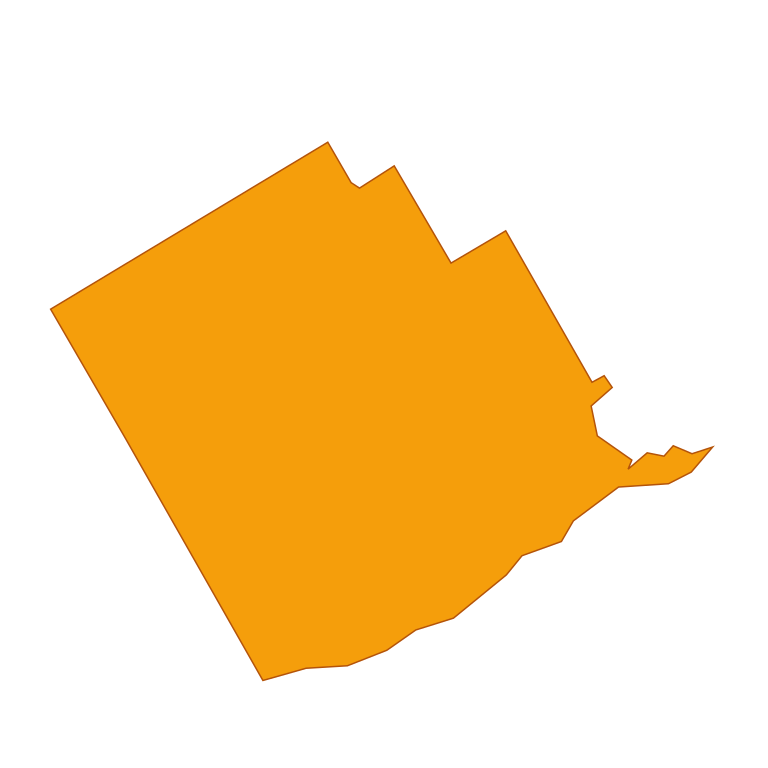 the district of Greene, Illinois, United States of America, rotated 240°
{"feature_id": "52423323B58371871806637", "entity_name": "Greene", "entity_type": "district", "adm_level": 2, "iso_a3": "USA", "parent_name": "United States of America", "parent_adm1": "Illinois", "projection": "natural_earth1", "projection_center": [-90.485, 39.32], "detail": "fine", "context": "isolated", "style": "filled", "palette": "amber", "viewbox_px": 768, "rotation_deg": 240, "n_neighbors": 0, "source": "geoboundaries", "source_scale": "gbopen_adm2", "svg_char_len": 579}
<svg xmlns="http://www.w3.org/2000/svg" viewBox="0 0 768 768"><g transform="rotate(240 384 384)"><path d="M615.5,132.7L467.3,132.9L187.8,130.9L176.8,174.4L158.3,211.4L152.0,253.4L155.1,288.6L146.5,327.1L157.5,394.5L166.3,417.7L158.9,458.9L170.8,479.6L177.5,535.6L155.4,580.5L154.1,606.1L165.1,637.1L169.6,615.9L185.9,603.6L181.5,590.4L192.8,577.5L188.2,552.8L194.2,560.6L232.4,542.8L261.4,552.4L266.9,579.9L281.1,578.8L281.5,565.0L455.8,566.0L455.2,502.5L567.8,501.9L565.9,460.7L574.8,456.2L621.5,456.2L615.5,132.7Z" fill="#f59e0b" stroke="#b45309" stroke-width="1.5"/></g></svg>